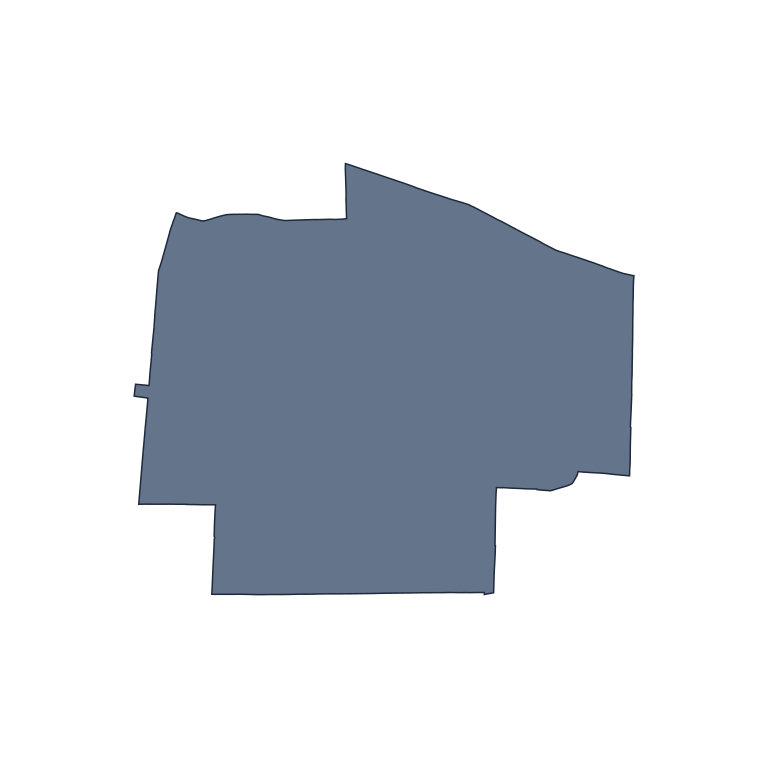 Pogoanele, Buzau, Romania, rotated 159°
{"feature_id": "2599482B73439197946852", "entity_name": "Pogoanele", "entity_type": "district", "adm_level": 2, "iso_a3": "ROU", "parent_name": "Romania", "parent_adm1": "Buzau", "projection": "mercator", "projection_center": [26.983, 44.903], "detail": "fine", "context": "isolated", "style": "filled", "palette": "slate", "viewbox_px": 768, "rotation_deg": 159, "n_neighbors": 0, "source": "geoboundaries", "source_scale": "gbopen_adm2", "svg_char_len": 4323}
<svg xmlns="http://www.w3.org/2000/svg" viewBox="0 0 768 768"><g transform="rotate(159 384 384)"><path d="M516.6,618.2L518.4,616.1L520.0,614.1L521.9,612.0L523.2,610.5L524.2,609.2L525.2,608.1L526.2,606.9L527.4,605.6L527.9,604.8L529.1,603.3L531.4,600.1L543.8,583.4L547.6,578.3L548.7,576.9L552.6,572.1L553.6,571.1L555.7,566.9L561.3,555.4L569.8,537.6L571.0,535.2L571.4,534.6L571.6,534.2L572.0,533.2L572.4,532.3L572.9,531.4L573.6,529.7L574.0,528.8L575.6,525.3L576.3,523.9L576.6,523.2L576.9,522.6L577.8,520.5L590.0,496.2L590.0,495.4L594.5,486.2L597.0,481.2L597.9,479.4L599.2,476.7L600.2,474.6L601.3,472.2L602.5,469.7L604.0,466.8L606.9,468.3L616.0,472.8L618.0,469.1L621.6,462.2L609.4,455.4L618.2,437.5L622.0,429.9L629.9,413.7L631.6,410.3L647.7,377.0L653.5,365.0L655.4,361.0L655.9,359.9L656.1,359.6L652.7,358.4L651.0,357.8L638.4,352.9L627.8,348.9L617.8,344.9L611.7,342.6L611.8,342.4L593.2,334.9L584.6,331.6L588.4,323.3L591.2,316.9L592.0,315.1L597.1,302.8L597.0,301.5L598.1,299.9L600.2,294.9L600.4,294.5L601.7,291.4L602.1,290.4L602.6,289.4L607.9,277.4L616.4,257.8L620.1,249.4L619.5,249.2L617.9,248.5L614.9,247.4L611.8,246.2L604.0,243.2L600.2,241.7L593.2,239.2L592.1,238.6L587.3,236.7L576.9,232.4L567.7,229.0L561.1,226.5L549.3,222.0L545.7,220.7L545.3,220.6L537.2,217.7L527.8,214.1L520.3,211.4L512.1,208.4L501.7,204.4L491.8,200.7L490.8,200.3L470.8,192.9L469.4,192.4L460.2,189.1L457.2,188.0L433.5,179.2L421.7,174.9L405.6,168.8L401.6,167.3L398.4,166.2L392.8,164.0L386.3,161.4L383.7,160.5L379.3,158.7L373.5,156.6L370.6,155.5L367.9,154.5L366.1,153.8L365.2,153.5L365.2,153.1L365.8,151.5L361.7,150.8L356.5,149.8L356.2,150.4L350.2,164.9L348.2,169.6L344.7,177.4L340.9,186.0L337.8,193.4L338.1,193.8L337.7,194.9L337.5,195.3L332.2,208.5L323.9,229.2L318.5,241.9L316.1,247.0L315.0,246.5L310.7,244.7L310.6,244.9L310.4,244.8L310.2,244.7L303.7,241.7L287.2,234.5L279.4,231.3L278.7,230.9L278.9,230.5L275.4,228.7L271.6,226.9L269.8,226.1L268.5,225.5L267.2,224.8L266.3,224.6L265.6,224.5L264.7,224.4L263.4,224.4L258.0,224.0L249.4,223.3L247.3,223.3L245.4,223.5L244.0,223.7L243.4,224.0L238.4,227.9L237.4,228.8L236.3,229.7L234.2,232.7L233.7,232.5L233.5,232.3L231.8,231.5L231.4,231.3L230.1,230.6L227.2,229.3L223.1,227.4L215.7,224.1L210.1,221.5L209.2,221.1L202.6,217.6L188.8,210.8L187.7,210.3L186.7,212.5L185.2,216.4L185.0,216.6L184.9,216.9L184.5,217.7L184.3,218.1L184.1,218.6L182.9,221.1L181.2,225.3L179.7,229.1L178.7,231.6L178.5,232.0L178.3,232.7L177.7,234.2L175.9,238.7L169.5,254.1L169.1,255.0L169.3,255.8L167.9,259.1L164.2,267.5L161.0,274.8L158.4,280.9L156.2,286.0L156.2,286.4L151.7,297.8L149.7,302.3L148.4,305.4L146.1,311.3L144.6,315.1L142.1,321.1L140.5,325.3L139.0,329.0L136.1,336.0L128.7,354.9L126.2,360.9L122.6,370.2L120.0,376.3L119.2,378.4L117.0,383.9L114.6,389.7L111.9,395.5L112.0,395.5L121.9,402.1L122.2,402.4L127.3,406.7L130.2,409.2L132.7,411.3L133.4,411.8L137.3,415.4L142.2,419.6L144.2,421.4L145.4,422.4L148.0,424.6L152.5,428.3L158.0,432.9L162.1,436.2L167.7,440.9L172.5,444.7L176.0,447.8L176.7,448.6L177.4,449.4L180.9,453.3L183.5,456.2L184.5,457.3L187.6,461.2L189.2,463.0L198.9,473.9L200.8,476.0L215.5,493.0L219.7,497.4L222.0,500.2L225.2,503.8L227.7,506.7L230.1,509.3L233.1,512.8L237.0,517.2L239.9,520.1L240.2,520.7L246.5,525.8L248.8,527.5L250.2,528.6L251.7,529.7L253.8,531.3L256.6,533.5L258.9,535.5L261.1,537.2L273.8,547.5L283.2,555.3L287.1,558.9L294.6,565.3L300.2,569.9L311.2,579.0L315.8,582.9L318.8,585.3L319.8,586.2L323.0,588.8L327.2,592.2L330.0,594.6L332.8,596.9L335.0,598.8L335.6,599.3L341.0,603.6L343.4,597.8L343.6,596.9L343.8,596.5L348.0,584.3L351.3,575.0L353.8,568.8L353.8,568.7L354.0,568.3L353.9,568.2L357.3,558.7L359.7,551.7L360.6,552.0L363.7,552.8L367.3,554.0L367.6,554.1L369.0,554.6L370.1,554.9L375.0,557.0L381.2,559.2L385.4,560.7L389.4,562.2L391.0,562.8L397.8,565.2L412.9,570.4L413.9,570.7L416.2,571.5L418.7,572.5L422.7,574.8L425.2,576.4L428.5,578.7L430.2,580.1L432.4,581.6L434.1,582.7L437.1,584.6L440.1,587.0L440.8,587.5L441.5,587.8L443.5,588.6L443.8,588.7L445.7,589.4L449.1,590.8L451.6,591.8L454.1,592.8L454.8,592.9L458.9,594.6L459.8,594.8L462.7,596.0L467.0,597.5L467.6,597.7L470.0,598.4L470.8,598.6L476.0,599.3L480.9,599.7L488.4,600.2L488.8,600.3L491.0,600.4L493.7,600.8L494.7,601.2L496.0,601.9L501.7,605.8L506.5,608.9L508.8,610.9L510.1,612.1L515.8,617.9L516.6,618.2Z" fill="#64748b" stroke="#1e293b" stroke-width="1.5"/></g></svg>